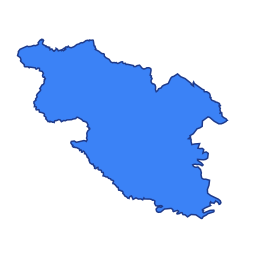 outline of Texcatepec, Veracruz, Mexico, rotated 82°
{"feature_id": "50627088B91275102089847", "entity_name": "Texcatepec", "entity_type": "district", "adm_level": 2, "iso_a3": "MEX", "parent_name": "Mexico", "parent_adm1": "Veracruz", "projection": "equal_earth", "projection_center": [-98.314, 20.622], "detail": "fine", "context": "isolated", "style": "filled", "palette": "blue", "viewbox_px": 256, "rotation_deg": 82, "n_neighbors": 0, "source": "geoboundaries", "source_scale": "gbopen_adm2", "svg_char_len": 5763}
<svg xmlns="http://www.w3.org/2000/svg" viewBox="0 0 256 256"><g transform="rotate(82 128 128)"><path d="M41.0,227.3L43.2,224.9L45.3,224.5L46.1,224.6L46.5,225.1L47.1,224.9L50.8,221.9L52.3,222.1L53.0,221.6L53.5,218.4L54.6,217.5L54.0,216.8L55.5,211.5L56.8,211.0L57.0,210.4L56.1,208.8L56.6,207.4L59.0,207.7L60.0,205.1L61.5,204.4L62.4,204.2L62.7,204.7L64.4,205.4L65.7,205.0L66.1,204.4L65.9,203.7L67.2,203.4L67.5,203.0L68.3,203.5L68.6,204.2L69.6,204.1L69.9,204.6L71.6,204.7L72.6,205.4L73.1,205.9L73.4,207.1L76.8,209.9L77.5,209.2L78.7,209.4L81.6,213.0L82.9,214.0L84.6,213.7L86.4,215.5L87.5,215.2L88.9,217.5L90.7,217.7L91.9,217.1L93.9,217.8L94.2,216.1L95.3,215.9L96.2,216.6L97.3,216.3L97.4,213.9L97.6,213.6L99.9,213.5L100.9,210.8L102.1,209.1L103.0,208.8L104.3,209.4L105.8,207.9L106.5,207.7L107.5,208.2L107.7,207.8L110.6,206.2L110.5,204.4L111.1,204.5L111.1,202.7L111.8,202.0L111.8,201.2L112.3,200.3L110.9,199.7L110.6,199.1L110.7,197.7L110.0,195.3L110.7,193.9L112.5,193.1L111.6,190.6L112.1,189.1L111.5,187.2L111.9,182.5L111.5,181.6L111.4,178.5L110.3,177.3L110.4,176.3L113.1,172.7L115.1,171.3L115.3,169.9L115.7,169.8L116.6,168.1L119.4,167.1L120.9,168.2L122.0,166.6L122.7,166.8L123.0,166.0L123.7,166.0L125.4,168.3L127.4,169.5L130.5,169.7L132.2,170.5L133.9,170.0L135.5,171.2L134.8,172.0L134.3,173.4L135.0,181.1L133.4,183.0L133.4,186.0L134.8,186.7L137.2,185.6L137.5,185.0L138.3,185.5L139.4,184.8L139.4,183.6L139.9,183.3L140.2,181.7L142.1,179.0L143.5,179.0L143.1,177.7L144.1,177.3L145.4,177.4L145.6,176.8L144.6,175.6L144.9,175.1L146.1,174.3L147.4,174.6L147.5,173.6L149.3,172.7L151.3,172.4L151.5,171.6L152.8,171.5L153.6,170.8L154.5,170.7L154.7,171.1L157.3,170.5L159.0,168.6L158.8,167.7L160.8,167.2L161.1,166.4L163.3,166.7L163.8,165.6L162.9,164.3L162.8,163.3L164.9,163.3L165.5,162.6L165.9,160.9L166.4,160.3L168.0,160.3L168.3,160.0L168.6,158.7L170.5,158.7L171.9,159.4L172.5,157.8L173.4,156.6L173.7,155.0L175.1,154.3L175.9,152.3L177.0,152.0L178.0,149.9L178.6,149.6L180.0,150.5L180.9,150.7L181.1,149.9L182.4,148.6L185.2,146.9L185.4,146.0L188.2,145.9L188.9,143.8L189.4,143.6L189.9,142.3L191.0,141.9L192.1,142.2L193.3,141.2L194.8,140.7L196.1,138.9L197.5,137.9L197.5,137.2L197.9,136.8L196.6,136.1L195.9,135.1L195.8,134.0L199.4,132.9L198.3,129.8L199.8,127.7L200.0,125.2L201.2,123.4L199.5,122.0L200.6,121.5L201.4,116.3L202.1,114.5L202.9,113.9L202.8,113.2L203.4,112.2L204.1,111.5L206.3,112.2L208.8,111.3L209.4,109.7L209.4,106.3L209.7,105.4L210.5,104.9L211.2,106.4L210.4,108.1L210.6,109.3L211.7,111.1L212.6,111.5L214.2,111.3L215.0,110.8L215.7,109.7L215.8,107.3L213.3,103.2L213.6,96.5L215.0,95.0L216.7,95.0L217.1,94.6L216.5,90.6L217.4,89.5L217.9,89.6L219.1,91.3L219.7,91.5L220.0,91.0L219.9,89.2L219.2,87.5L219.4,86.3L221.4,85.6L221.9,83.5L224.3,81.4L222.4,77.6L223.4,72.9L227.8,68.0L227.8,67.1L226.2,65.8L225.1,62.6L224.0,60.9L223.0,54.9L222.2,54.3L221.3,54.5L221.0,58.3L222.6,64.7L221.6,65.6L220.5,64.8L220.1,65.7L219.3,65.7L217.9,62.8L216.3,57.1L215.9,57.5L213.5,57.1L212.6,56.4L213.8,55.7L214.1,54.1L214.6,53.3L212.6,51.4L213.1,51.3L213.1,50.3L214.7,48.9L216.3,48.4L216.2,47.6L215.0,46.4L213.0,46.7L211.1,48.4L206.3,55.6L203.7,58.2L200.0,58.0L195.9,55.8L191.1,54.5L189.5,58.1L189.3,60.2L188.2,61.6L187.5,62.0L184.3,62.2L182.7,61.6L179.2,62.0L176.3,64.2L176.4,66.2L175.8,67.6L174.9,68.6L173.5,69.1L173.2,67.7L173.2,66.5L173.9,64.6L173.8,63.2L174.5,61.4L175.4,60.4L175.7,59.7L175.4,59.2L175.0,58.8L172.9,60.1L169.8,63.6L168.7,63.5L170.0,57.7L169.9,55.4L168.8,53.3L164.3,52.1L162.6,53.9L162.8,56.2L163.3,57.3L159.8,56.0L158.5,57.4L158.4,59.7L157.7,61.6L153.4,59.2L153.1,64.0L153.3,67.1L149.4,67.5L148.7,67.1L146.9,67.4L147.3,68.5L147.0,69.6L145.5,67.3L144.3,67.8L142.8,64.2L138.4,59.7L137.8,56.7L136.7,54.3L131.4,53.3L128.1,47.2L129.0,45.5L133.3,41.7L136.5,37.5L136.8,35.1L136.3,32.9L135.1,29.9L134.2,29.2L134.2,28.7L132.6,29.6L131.0,31.8L129.3,33.2L126.0,33.1L126.1,34.7L124.8,34.0L122.9,34.5L121.3,33.8L120.6,34.3L119.0,34.7L118.7,34.6L118.8,33.4L118.5,33.3L117.8,34.4L116.9,34.0L116.3,34.3L114.8,36.5L114.4,38.0L113.8,38.1L112.2,41.1L110.6,41.9L109.4,41.6L109.2,42.5L107.0,42.1L105.3,42.5L104.1,43.5L104.1,44.0L103.1,44.8L102.7,47.4L100.8,47.5L100.0,49.0L93.9,55.4L93.0,56.2L91.6,56.6L92.7,57.3L95.7,57.3L93.7,59.3L93.4,59.0L92.2,59.7L87.0,64.6L84.6,68.6L81.3,71.4L83.3,75.7L83.4,77.1L84.6,78.7L89.5,81.9L90.6,86.6L91.3,88.2L92.9,89.6L93.4,92.2L95.2,93.5L96.0,95.0L93.9,95.5L91.2,94.9L89.2,95.2L87.9,96.4L87.8,97.2L87.3,97.9L85.7,98.7L83.9,98.5L82.5,97.3L81.9,97.4L81.3,98.1L79.7,97.6L78.9,98.7L74.3,97.2L72.8,97.1L72.2,97.4L71.2,98.9L71.0,101.1L71.5,102.0L71.8,104.1L70.9,105.6L67.4,107.8L67.5,110.3L68.2,111.8L68.0,113.6L66.9,114.0L64.8,119.7L64.8,121.1L63.6,121.5L63.5,123.3L62.7,124.2L61.7,124.2L61.6,125.5L62.7,128.9L62.5,129.6L61.5,130.6L61.7,131.5L61.2,132.6L61.2,134.3L60.2,135.8L57.4,137.2L55.3,140.1L53.6,141.4L51.7,141.3L51.1,141.7L50.6,143.6L47.8,146.4L45.7,149.4L45.1,148.8L43.3,149.4L42.5,149.2L41.9,150.1L36.3,150.2L36.0,150.8L36.0,152.6L35.5,153.7L35.7,154.3L36.2,154.5L35.5,155.7L35.6,157.5L37.0,160.1L37.3,161.3L37.0,162.0L37.2,163.5L37.8,164.3L38.2,167.0L39.9,170.0L40.6,172.9L40.2,174.4L39.4,175.5L38.7,175.8L39.6,176.9L39.1,177.7L39.1,178.3L39.7,179.1L40.3,178.9L40.0,179.4L40.3,180.6L41.7,179.5L42.5,181.3L41.3,182.0L42.2,183.2L41.8,183.7L41.4,183.5L41.9,186.3L40.3,186.8L39.1,188.1L40.2,188.3L41.7,190.4L41.6,190.7L41.1,190.6L41.2,191.1L40.3,191.8L39.1,192.4L39.6,194.1L39.0,193.9L38.7,194.4L37.2,194.4L37.1,194.8L37.6,195.0L37.4,195.7L36.6,195.9L36.1,197.8L35.2,197.8L35.2,198.3L33.5,200.5L32.8,200.9L31.9,200.8L29.5,199.4L28.4,200.1L28.9,201.1L28.2,201.4L28.9,202.9L31.0,205.1L32.5,205.0L33.1,206.1L33.6,208.2L33.1,209.7L33.7,212.7L33.6,215.3L32.9,216.5L35.0,223.9L37.0,225.9L37.7,225.9L41.0,227.3Z" fill="#3b82f6" stroke="#1e3a8a" stroke-width="1.5"/></g></svg>